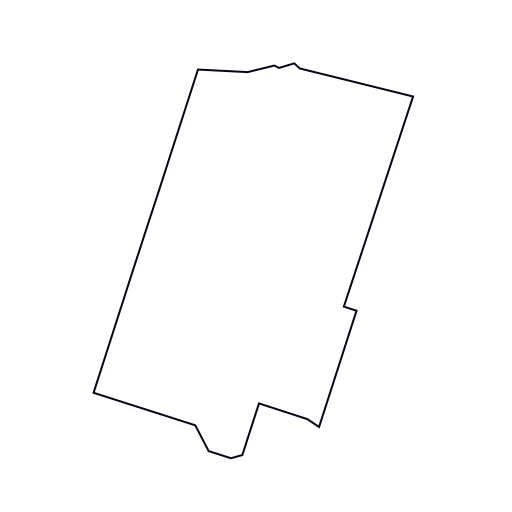 Lawrence, Mississippi, United States of America (Albers equal-area conic projection), rotated 18°
{"feature_id": "52423323B32105317711789", "entity_name": "Lawrence", "entity_type": "district", "adm_level": 2, "iso_a3": "USA", "parent_name": "United States of America", "parent_adm1": "Mississippi", "projection": "albers", "projection_center": [-90.094, 31.545], "detail": "fine", "context": "isolated", "style": "outline", "palette": "ink", "viewbox_px": 512, "rotation_deg": 18, "n_neighbors": 0, "source": "geoboundaries", "source_scale": "gbopen_adm2", "svg_char_len": 445}
<svg xmlns="http://www.w3.org/2000/svg" viewBox="0 0 512 512"><g transform="rotate(18 256 256)"><path d="M368.8,399.1L368.7,352.6L368.6,314.2L368.5,277.0L355.2,277.0L356.1,55.8L239.7,64.1L232.8,61.0L219.8,70.0L214.6,69.2L191.2,83.7L143.2,96.6L143.2,97.8L143.5,233.2L143.4,252.6L143.4,308.9L143.8,436.3L250.6,435.8L271.3,456.2L294.6,456.1L304.5,449.5L304.4,395.3L355.4,395.3L368.8,399.1Z" fill="none" stroke="#020617" stroke-width="2"/></g></svg>